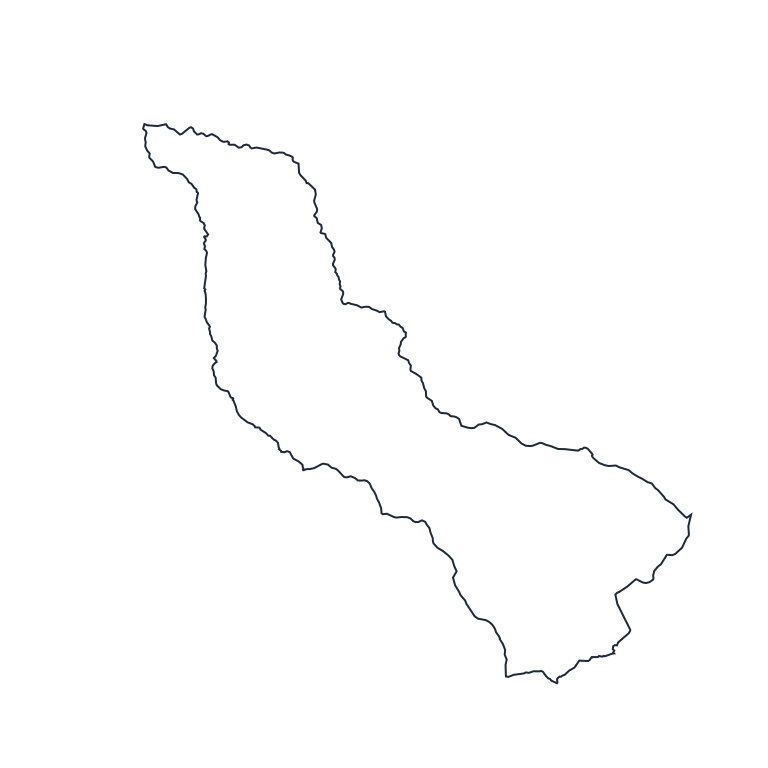 the district of Manaure Balcón Del Cesar, Cesar, Colombia, rotated 45°
{"feature_id": "7082276B80880832321074", "entity_name": "Manaure Balcón Del Cesar", "entity_type": "district", "adm_level": 2, "iso_a3": "COL", "parent_name": "Colombia", "parent_adm1": "Cesar", "projection": "mercator", "projection_center": [-73.004, 10.394], "detail": "fine", "context": "isolated", "style": "outline", "palette": "slate", "viewbox_px": 768, "rotation_deg": 45, "n_neighbors": 0, "source": "geoboundaries", "source_scale": "gbopen_adm2", "svg_char_len": 6117}
<svg xmlns="http://www.w3.org/2000/svg" viewBox="0 0 768 768"><g transform="rotate(45 384 384)"><path d="M30.8,369.6L32.9,373.5L33.8,373.9L36.5,373.5L38.6,374.5L41.3,379.4L44.7,381.7L47.0,384.7L51.4,386.4L55.4,386.7L57.3,389.4L58.1,389.9L63.5,390.0L68.5,392.2L69.3,392.1L71.7,390.5L74.9,386.0L76.0,385.2L77.6,384.9L80.4,385.4L85.4,384.1L89.6,380.1L93.6,378.1L100.0,378.3L103.3,379.4L106.4,378.6L111.1,379.5L113.0,379.0L113.9,379.1L115.7,380.6L117.0,380.3L117.6,380.6L120.9,385.9L122.1,387.1L123.6,387.6L124.8,391.5L126.8,393.9L132.8,395.1L135.4,396.5L136.3,396.4L138.2,398.4L139.5,398.5L142.5,397.7L145.1,398.5L146.3,400.6L147.4,401.5L153.9,402.6L154.3,405.1L152.7,406.5L152.8,407.2L155.7,407.8L156.5,408.5L156.8,410.8L157.5,412.1L160.1,413.2L161.5,415.6L164.3,415.6L166.0,416.3L168.8,420.7L173.5,426.2L178.7,429.9L179.7,431.9L181.7,433.5L189.2,443.5L190.8,443.5L191.3,445.0L194.0,446.3L198.1,449.9L201.1,452.9L203.6,456.4L205.4,457.6L209.7,463.5L212.0,464.1L215.0,465.6L220.2,466.4L221.2,468.6L224.5,470.4L225.5,471.6L228.2,472.4L231.8,474.7L234.8,474.4L237.7,474.8L238.8,475.2L240.5,477.0L242.9,478.1L245.2,482.9L245.3,486.0L249.4,486.3L250.1,486.8L249.7,488.6L249.8,491.4L250.1,492.5L251.5,494.3L254.5,495.4L257.6,498.0L260.5,498.6L264.7,502.2L266.8,503.2L272.2,503.1L275.1,501.9L278.6,499.6L279.9,499.7L284.4,501.6L285.6,501.7L287.2,500.8L287.8,500.9L288.2,502.2L289.3,502.2L295.0,504.6L299.0,507.2L303.3,508.5L306.6,508.7L314.6,507.6L319.4,505.4L322.6,505.2L323.5,505.8L326.8,502.9L329.0,503.6L335.6,502.1L338.6,502.4L340.0,501.2L345.3,501.3L347.6,500.4L350.7,500.6L354.2,503.2L355.6,503.6L355.8,504.4L358.4,504.1L359.2,504.7L362.0,502.4L362.9,500.1L365.5,498.8L372.6,500.9L378.5,499.1L383.6,498.8L385.4,500.3L386.9,500.8L387.2,501.9L387.9,502.1L389.8,498.5L391.6,496.7L394.1,492.9L396.8,484.2L397.4,483.3L401.4,480.6L406.0,480.3L409.9,478.0L412.8,477.7L421.6,478.0L423.7,476.3L425.7,472.8L430.0,471.0L433.7,470.7L436.7,467.9L438.2,465.9L440.8,464.6L444.3,464.5L449.1,466.4L453.6,467.2L457.5,468.6L459.9,470.0L464.3,471.3L469.7,473.8L473.7,477.1L475.1,477.0L477.8,473.7L485.2,471.0L487.3,469.6L490.6,465.5L494.7,461.7L497.6,460.4L502.0,460.2L504.0,459.3L505.9,457.3L507.2,453.6L510.7,452.3L513.4,453.2L517.9,453.7L522.4,456.4L527.4,458.5L529.9,460.7L531.8,461.7L537.7,462.0L544.0,460.4L550.8,459.7L556.8,460.0L562.2,463.0L567.8,465.1L569.7,472.1L576.7,476.1L584.0,477.8L587.4,479.2L594.4,479.7L597.9,481.2L612.5,484.2L616.5,483.4L622.9,479.0L626.6,477.9L630.5,477.6L632.8,478.0L635.9,478.8L638.6,480.2L644.0,481.2L646.0,482.0L646.1,482.5L652.3,483.9L657.7,486.4L660.7,490.0L665.6,492.1L668.6,496.7L677.0,504.6L679.1,503.1L681.3,498.0L687.5,489.9L688.3,487.6L690.7,485.8L692.9,481.3L697.1,477.3L698.0,475.7L700.0,475.1L705.1,476.0L708.3,476.0L709.9,475.2L712.1,475.4L717.9,473.3L717.8,472.6L715.1,470.3L714.8,468.8L715.0,466.8L716.1,465.9L716.3,464.2L717.4,461.9L717.6,455.7L719.2,449.9L717.7,441.5L724.2,435.6L724.6,433.8L724.1,431.4L724.5,430.5L724.1,430.1L728.4,425.8L728.4,424.3L731.1,422.5L731.7,420.8L732.7,420.4L736.2,413.0L737.2,411.8L735.8,411.6L735.4,409.7L733.2,409.7L731.5,407.4L731.9,405.4L733.5,404.1L732.3,401.2L733.3,387.2L732.6,384.5L731.8,383.6L704.7,374.6L696.5,369.3L696.5,366.7L697.4,364.6L699.3,355.0L700.1,344.1L701.0,343.4L707.1,341.5L709.9,339.6L711.8,336.5L712.6,332.3L711.9,330.7L709.7,329.1L707.3,325.0L706.8,319.8L707.3,315.5L704.9,305.3L704.9,304.6L708.8,301.2L710.1,298.4L710.5,289.0L707.0,279.3L706.8,276.2L706.3,275.1L699.8,269.4L693.5,259.3L692.7,264.5L690.3,264.9L681.2,265.0L673.6,264.4L664.6,266.6L661.9,265.8L652.7,265.3L649.5,265.8L643.7,265.0L639.6,267.1L633.7,268.4L629.1,270.0L623.2,271.4L617.9,271.9L609.4,276.4L605.6,277.7L600.8,283.2L597.3,285.4L591.9,287.8L584.6,288.3L582.5,288.1L581.7,287.6L581.6,286.5L580.8,286.2L574.2,285.7L571.9,286.3L570.4,287.6L570.2,289.5L568.9,291.1L568.7,293.3L568.1,294.1L557.9,302.2L553.1,306.8L545.2,310.3L541.8,312.4L538.0,313.8L535.9,315.2L532.9,322.3L531.3,324.5L527.9,327.4L523.6,328.8L515.0,329.0L508.1,331.9L499.2,332.2L491.6,334.5L487.8,336.9L483.7,338.7L481.9,342.9L479.6,345.8L478.9,351.1L477.0,353.4L473.9,355.8L468.2,358.8L461.8,355.6L458.7,356.3L456.5,357.4L454.0,359.6L450.7,359.8L448.8,360.7L445.1,363.9L443.1,364.7L439.9,363.8L437.7,364.7L434.1,364.4L429.8,362.1L424.4,363.2L422.7,363.1L418.7,359.5L415.3,358.5L411.1,355.9L408.1,355.1L405.9,353.1L399.7,354.1L393.8,355.8L392.5,355.2L390.0,352.0L387.1,351.5L384.3,350.1L375.8,353.0L374.1,352.9L372.5,351.9L371.7,350.0L369.2,348.0L367.8,344.2L366.2,342.2L365.5,337.6L366.1,335.7L365.7,334.7L364.3,333.7L363.2,332.2L360.8,332.7L357.5,331.2L355.2,331.8L352.4,331.5L351.0,332.7L348.9,333.1L346.7,334.7L344.5,334.3L341.4,334.9L337.5,334.7L333.6,332.2L332.6,332.5L330.1,336.3L326.7,337.4L322.3,339.6L318.9,340.0L315.9,342.9L314.0,345.9L309.2,347.4L303.8,350.8L301.8,351.5L301.0,352.5L300.4,354.8L298.8,355.9L297.3,355.9L293.9,354.5L291.6,349.4L290.3,348.0L289.3,347.5L285.9,347.8L285.1,347.3L284.1,345.6L282.1,344.8L280.4,342.5L278.9,342.2L275.9,340.4L274.0,340.2L272.8,339.3L270.5,339.4L268.7,337.0L267.9,336.6L264.0,336.1L262.9,335.0L261.3,330.9L259.5,329.6L257.8,329.6L256.8,328.9L255.6,325.5L253.7,324.4L250.3,323.8L247.0,321.6L239.7,321.5L236.7,319.6L235.8,319.8L232.8,321.8L231.9,321.7L229.9,317.8L227.1,316.0L223.2,316.9L219.1,314.3L216.0,314.6L215.4,314.1L214.7,309.9L214.0,308.6L212.9,307.5L206.4,304.9L204.9,303.7L201.8,298.2L197.7,295.3L188.7,295.5L187.2,296.7L184.6,295.5L177.3,295.4L174.6,294.7L167.7,288.6L163.4,290.5L162.3,290.6L160.8,290.1L159.5,288.5L158.7,288.2L155.9,289.1L152.4,291.1L150.1,291.3L148.8,292.0L146.3,294.3L143.5,298.5L141.1,299.7L137.5,300.0L135.3,301.2L126.7,306.9L123.8,311.0L122.2,311.3L120.1,310.7L117.5,311.9L115.9,314.5L115.8,317.4L114.3,319.5L109.1,320.5L105.6,324.0L104.4,324.2L103.7,322.9L101.7,323.1L99.4,326.2L97.5,327.0L95.5,327.5L91.9,327.2L86.1,328.8L85.2,329.6L83.9,333.5L83.0,334.5L79.2,334.8L77.4,336.0L76.4,338.6L75.5,339.7L71.1,339.8L68.3,338.4L66.0,338.9L65.2,340.3L64.3,349.7L63.3,351.9L55.4,352.5L51.9,354.8L49.5,355.2L46.2,354.4L41.5,361.7L33.6,368.5L30.8,369.6Z" fill="none" stroke="#1e293b" stroke-width="2"/></g></svg>